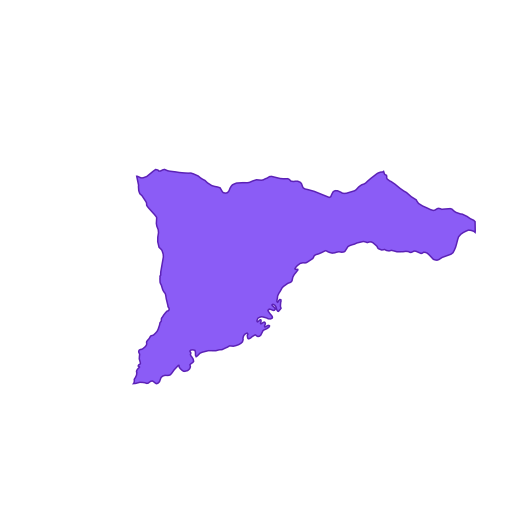 outline of Güepsa, Santander, Colombia, rotated 224°
{"feature_id": "7082276B24684560150215", "entity_name": "Güepsa", "entity_type": "district", "adm_level": 2, "iso_a3": "COL", "parent_name": "Colombia", "parent_adm1": "Santander", "projection": "natural_earth1", "projection_center": [-73.583, 6.036], "detail": "fine", "context": "isolated", "style": "filled", "palette": "violet", "viewbox_px": 512, "rotation_deg": 224, "n_neighbors": 0, "source": "geoboundaries", "source_scale": "gbopen_adm2", "svg_char_len": 6121}
<svg xmlns="http://www.w3.org/2000/svg" viewBox="0 0 512 512"><g transform="rotate(224 256 256)"><path d="M397.2,230.5L389.7,225.4L388.7,224.2L385.8,221.6L383.7,220.5L382.7,220.1L380.0,220.2L373.3,218.7L371.7,218.2L369.8,216.5L368.6,216.2L366.4,215.9L357.8,215.3L354.8,214.9L354.0,214.5L350.3,210.2L348.1,208.6L344.6,207.0L342.3,205.0L339.7,201.3L336.6,198.0L331.8,194.9L329.0,194.9L327.5,194.7L324.1,192.9L322.0,191.0L313.8,178.9L312.8,177.6L311.3,176.1L311.4,175.9L311.0,174.7L310.3,174.1L309.2,172.8L306.8,170.5L305.5,169.8L303.9,169.3L299.6,166.9L297.6,166.3L295.1,165.9L293.6,165.0L290.7,162.8L284.7,159.0L284.1,158.4L282.2,158.0L281.2,157.1L281.1,156.5L281.1,155.5L281.7,154.6L281.7,152.5L281.4,149.3L280.9,147.2L280.8,146.0L280.5,145.2L278.9,143.3L278.7,141.3L277.4,139.3L275.5,135.3L274.8,133.1L274.7,130.6L274.8,128.2L275.0,127.5L276.1,125.6L276.1,125.0L276.0,124.3L275.5,122.5L275.4,119.8L275.2,118.6L274.9,118.0L273.6,116.9L273.0,115.9L272.8,115.0L272.7,113.4L273.0,110.6L273.5,109.3L274.0,108.8L274.5,107.7L274.6,106.9L274.3,106.3L273.9,105.7L273.2,105.2L271.8,104.7L271.1,104.1L270.4,103.1L268.5,100.9L265.7,99.3L264.6,98.5L264.4,98.2L264.4,97.3L264.7,96.5L264.7,96.1L264.5,95.3L264.0,94.9L262.9,95.3L262.6,95.1L262.6,92.2L262.2,90.7L261.9,90.1L261.4,89.6L261.0,89.6L259.6,87.9L259.0,86.9L258.8,86.0L258.3,84.9L258.2,83.8L257.9,82.7L256.8,81.7L255.7,80.2L255.5,79.1L254.1,80.7L251.8,84.5L249.6,86.4L247.8,87.7L246.2,88.4L245.3,89.5L245.0,91.4L244.7,92.8L243.7,94.1L242.8,94.4L240.5,94.6L239.0,94.9L238.2,96.2L238.1,98.5L239.9,102.6L239.7,104.8L238.6,106.9L236.6,108.7L235.7,109.8L235.1,111.1L235.2,113.2L235.8,117.3L235.9,123.4L235.4,123.8L234.2,122.8L232.5,122.4L230.0,122.4L228.2,122.7L227.2,123.5L225.6,126.0L225.4,127.6L225.4,128.9L226.2,130.7L228.0,131.9L228.0,133.0L227.5,135.6L227.7,136.9L229.6,138.2L231.5,138.7L233.6,139.0L234.7,139.5L235.5,141.0L237.5,141.6L237.5,143.1L236.3,144.6L234.4,145.7L232.7,144.7L230.5,142.5L229.1,142.0L228.8,143.5L228.8,147.1L227.8,149.5L224.6,154.7L219.0,160.1L217.3,163.0L215.4,165.0L213.9,169.0L213.2,170.6L212.6,173.0L209.6,175.4L208.2,177.6L206.9,180.2L206.2,182.7L206.1,184.8L207.1,186.8L208.2,187.7L209.1,189.2L209.6,190.5L209.6,192.5L209.1,193.9L208.7,194.4L207.6,194.2L206.9,192.6L205.1,191.3L204.5,191.1L203.9,191.2L203.3,192.1L202.9,193.5L202.8,195.1L202.0,198.2L201.5,198.9L199.8,199.0L198.9,199.3L198.3,199.9L197.8,200.7L197.6,202.3L197.7,202.7L199.1,207.2L198.9,208.3L197.7,211.3L197.3,213.3L197.3,214.2L197.5,214.8L197.9,215.2L198.8,214.8L199.3,214.1L200.0,211.7L200.4,211.1L200.8,211.2L201.4,211.8L202.1,213.7L202.7,214.2L203.9,214.4L204.6,213.4L205.0,211.4L205.4,210.6L205.9,210.6L207.2,212.8L208.0,213.4L208.3,213.4L208.7,213.0L208.8,212.2L208.9,210.5L209.1,209.7L209.5,209.6L210.3,210.0L211.3,212.1L211.4,212.8L210.7,214.7L209.8,216.2L208.6,217.0L205.2,218.9L204.2,219.1L203.2,219.6L201.8,220.9L201.2,222.4L201.4,223.1L202.2,223.7L203.4,224.0L205.9,224.2L208.9,224.8L209.7,225.2L209.7,225.6L209.4,226.6L209.6,227.0L208.4,227.8L205.7,228.9L205.1,229.7L205.1,230.8L205.7,231.5L207.0,231.7L209.6,231.6L210.5,231.8L210.5,232.7L209.7,233.4L208.0,233.7L206.3,233.3L203.8,231.8L202.1,231.4L201.4,231.8L201.5,234.5L201.7,235.8L203.4,236.7L204.5,237.9L206.1,239.9L206.7,241.0L207.8,241.8L208.7,241.2L208.7,239.8L208.3,238.6L208.3,237.7L209.2,237.7L210.3,238.8L211.2,240.4L212.7,242.3L213.6,244.9L214.2,247.9L215.1,251.2L215.1,253.2L214.4,257.0L214.1,258.5L212.9,261.0L212.7,262.3L213.0,263.4L214.8,266.3L215.4,268.3L215.7,270.0L215.8,271.7L216.2,275.1L216.7,275.4L218.4,273.8L219.1,273.8L219.4,274.8L219.6,276.4L219.6,277.8L219.1,281.3L217.5,283.8L215.9,285.1L215.2,286.1L214.8,287.4L213.4,293.6L213.7,295.0L214.2,296.1L214.2,297.4L213.8,298.7L212.5,300.9L211.2,304.0L209.8,308.0L208.8,308.6L207.2,309.0L205.5,309.7L203.2,311.0L201.5,313.1L200.8,314.5L199.3,316.7L196.9,318.3L195.6,320.0L195.3,321.2L196.4,326.7L195.8,328.6L194.7,330.8L193.4,333.0L192.5,335.4L188.9,341.0L187.0,342.2L185.3,342.9L184.2,344.9L182.9,346.2L181.0,346.8L177.2,347.0L175.4,347.0L174.3,346.4L173.0,346.3L169.8,347.6L168.9,348.7L168.1,350.0L166.0,350.6L163.8,352.1L162.5,354.2L159.7,355.8L157.6,356.9L153.3,361.1L151.5,363.4L149.5,365.0L147.5,365.7L146.7,366.7L145.7,369.4L144.3,370.5L139.0,372.5L138.3,373.7L138.1,375.0L136.8,376.2L134.8,377.0L131.8,377.1L126.1,376.8L124.3,377.7L122.9,378.7L122.0,380.4L121.1,384.3L117.0,392.7L116.6,395.2L117.4,398.0L118.5,400.9L119.7,403.2L122.5,408.2L123.6,410.5L123.8,413.9L123.2,416.9L122.3,419.5L121.2,422.2L119.1,423.8L116.4,425.1L114.8,425.2L115.6,426.2L122.3,432.9L124.3,432.9L127.8,431.7L129.6,431.4L131.6,431.1L136.7,429.4L138.1,428.3L142.4,426.3L144.4,425.9L147.7,425.8L149.2,425.0L153.3,420.4L154.8,418.6L156.2,418.1L157.8,417.1L158.5,416.0L159.2,413.2L160.1,411.9L162.9,410.5L165.7,409.6L170.9,407.7L175.6,406.7L178.3,407.2L179.7,407.7L185.5,406.5L191.8,406.2L194.9,405.4L199.4,404.7L205.9,404.2L210.6,403.4L212.0,402.9L215.1,402.5L216.2,402.9L217.1,403.9L218.2,404.7L219.5,404.2L220.5,404.2L223.0,405.5L223.2,404.5L224.7,402.8L225.8,400.6L226.2,399.2L227.3,391.7L227.7,387.6L227.8,384.7L228.2,383.1L229.4,380.7L229.8,379.0L230.1,376.9L230.0,373.3L230.4,371.4L234.5,364.0L236.0,362.3L237.5,361.2L239.3,360.8L242.6,359.6L244.2,358.2L244.8,357.2L245.1,355.7L244.4,353.2L243.4,350.5L244.0,349.0L259.1,342.9L265.0,339.7L267.2,338.3L269.2,337.8L270.4,338.1L273.5,339.6L275.2,339.8L277.9,338.8L279.6,337.2L280.8,335.6L282.9,334.1L285.1,334.2L286.8,333.7L289.8,330.7L292.5,328.5L300.2,324.0L301.4,322.5L302.1,319.8L303.0,317.9L303.7,315.8L304.8,314.2L308.6,311.2L310.5,307.7L311.8,304.5L313.0,302.8L316.5,299.5L320.7,294.9L321.7,292.7L322.4,290.8L322.3,289.0L321.8,286.8L320.7,284.2L320.5,281.8L321.5,280.1L323.6,278.8L325.0,278.9L329.2,280.1L331.5,279.0L334.1,277.3L336.8,275.9L341.8,274.9L345.2,274.9L347.8,274.1L350.4,273.6L353.2,273.4L358.1,271.6L360.5,270.4L362.3,268.5L365.8,265.5L369.3,262.7L372.2,260.7L377.1,257.0L378.7,256.0L382.0,254.7L382.9,253.2L383.8,250.7L384.9,249.6L386.2,249.7L388.3,248.5L388.9,245.2L389.8,237.3L391.6,233.7L393.0,232.3L396.6,231.0L397.2,230.5Z" fill="#8b5cf6" stroke="#5b21b6" stroke-width="1.5"/></g></svg>